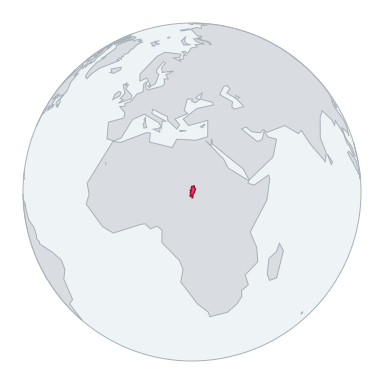 Western Darfur on an orthographic globe, rotated 347°
{"feature_id": "SDN-5858", "entity_name": "Western Darfur", "entity_type": "State", "adm_level": 1, "iso_a3": "SDN", "parent_name": "Sudan", "parent_adm1": "", "projection": "orthographic", "projection_center": [22.739, 13.89], "detail": "fine", "context": "on_globe", "style": "filled", "palette": "rose", "viewbox_px": 384, "rotation_deg": 347, "n_neighbors": 0, "source": "natural_earth", "source_scale": "10m", "svg_char_len": 9325}
<svg xmlns="http://www.w3.org/2000/svg" viewBox="0 0 384 384"><g transform="rotate(347 192 192)"><circle cx="192" cy="192" r="169" fill="#eef3f6" stroke="#a8b0b8"/><path d="M143.2,30.2L138.8,31.6L138.8,31.8L134.9,33.1L138.2,32.2L141.8,31.0L144.4,30.4L144.7,30.5L139.8,32.0L138.9,32.2L137.6,32.8L135.1,33.5L136.5,33.2L130.5,35.4L136.8,33.6L132.3,35.7L128.3,37.0L128.3,36.4L119.2,39.5L131.0,34.4L143.2,30.2ZM105.8,46.7L98.7,51.4L94.4,54.3L88.7,58.6L91.3,56.9L96.6,53.1L100.0,51.6L106.2,47.6L108.5,46.6L114.9,43.2L114.4,44.4L110.3,47.7L104.9,50.7L103.0,52.4L108.5,50.4L98.8,57.6L93.0,65.4L90.4,67.5L84.8,69.2L83.9,66.3L76.6,70.5L81.8,68.8L75.3,74.9L74.4,76.6L75.0,77.1L77.6,75.3L75.5,77.8L69.6,80.0L71.4,77.7L73.3,76.8L72.8,75.8L68.8,78.2L65.9,81.6L63.0,83.2L60.8,85.8L59.0,87.9L62.6,83.5L56.0,91.8L55.0,93.1L63.6,82.2L73.0,72.1L83.2,62.7L94.2,54.2L105.8,46.7ZM26.8,156.7L27.0,155.6L25.9,161.3L26.7,165.2L26.2,167.1L26.6,182.0L30.0,191.1L30.7,199.1L30.1,202.9L31.9,205.6L32.0,208.5L42.0,218.8L49.4,229.0L50.7,239.0L47.5,248.0L51.5,270.0L47.6,273.4L51.3,281.9L56.4,292.4L53.9,289.3L47.0,278.7L40.9,267.6L35.7,256.1L31.3,244.2L27.8,232.0L25.3,219.6L23.7,207.0L23.1,194.4L23.4,181.7L24.6,169.1L26.8,156.7ZM114.8,42.8L114.8,43.0L113.6,43.5L114.8,42.8ZM117.5,41.3L116.1,41.8L117.2,41.2L118.0,40.9L117.5,41.3ZM119.1,40.9L119.3,40.0L121.2,39.0L126.2,37.1L119.1,40.9ZM142.8,30.6L139.0,31.9L141.9,30.8L142.8,30.6ZM159.3,26.2L159.5,26.2L155.6,27.1L151.8,28.0L154.8,27.4L144.0,30.2L146.8,29.2L159.3,26.2ZM145.7,30.0L146.2,29.7L151.3,28.4L151.1,28.8L149.5,29.1L145.7,30.0ZM165.8,25.1L167.5,24.8L160.0,26.1L160.4,26.0L165.8,25.1ZM148.6,29.5L150.9,29.2L148.8,30.0L145.5,30.3L148.6,29.5ZM152.6,27.9L155.0,27.4L153.6,27.8L152.6,27.9ZM142.7,33.4L143.2,32.7L145.9,31.9L142.7,33.4ZM152.0,29.0L152.7,28.7L153.8,28.4L154.9,28.4L152.0,29.0ZM161.4,26.0L161.2,26.2L164.6,25.4L165.6,25.5L160.4,26.4L163.1,26.0L163.5,26.1L158.8,26.9L161.4,26.0ZM159.3,27.6L153.0,29.4L151.5,30.7L149.1,31.3L152.0,29.2L159.3,27.6ZM159.4,27.1L158.8,27.5L156.1,28.0L154.9,28.0L159.4,27.1ZM168.3,25.2L167.9,24.9L169.1,24.7L168.3,25.2ZM159.4,27.9L160.9,27.5L159.6,27.9L159.4,27.9ZM166.1,25.9L165.9,25.7L167.2,25.5L166.1,25.9ZM164.2,27.0L162.1,27.5L161.2,27.4L164.2,27.0ZM165.5,26.4L167.4,26.2L162.1,27.1L165.2,26.3L165.5,26.4ZM167.4,25.7L168.1,25.5L167.3,25.8L167.4,25.7ZM168.8,27.3L162.4,28.4L160.4,28.1L166.9,27.0L168.8,27.3ZM319.8,81.4L322.1,84.4L318.1,79.8L322.4,85.4L325.4,88.8L324.2,86.9L329.7,94.4L333.5,99.7L341.9,114.1L347.5,126.4L349.2,133.4L350.3,136.5L348.5,134.1L349.9,141.1L356.1,156.3L357.2,161.3L357.6,172.8L356.9,169.1L352.4,162.6L354.1,175.0L357.7,183.1L359.1,194.3L357.5,192.1L355.8,182.4L354.1,179.7L352.7,169.1L347.7,154.7L345.9,159.1L344.3,152.9L337.1,142.1L333.6,148.3L329.2,168.0L331.6,184.2L328.7,192.4L317.9,171.5L312.4,156.6L308.8,159.0L297.3,148.1L278.6,150.8L275.5,147.2L272.1,149.7L263.9,146.8L259.2,140.8L254.4,141.8L267.0,157.6L272.0,156.6L275.8,149.3L278.4,155.3L286.2,159.7L278.8,176.1L250.4,193.1L247.1,181.2L222.7,149.9L223.2,146.1L223.0,145.7L222.7,145.0L221.0,151.1L216.7,145.0L230.2,167.0L232.7,176.8L250.0,193.9L248.5,196.0L253.9,199.3L270.5,192.7L270.7,196.8L263.2,216.6L239.7,244.1L242.6,260.6L240.4,274.7L225.2,284.8L226.0,295.1L218.0,299.2L217.1,305.0L210.4,311.3L199.4,317.2L181.4,317.5L180.7,312.5L172.3,302.5L160.8,277.2L165.9,265.4L164.4,256.0L151.3,234.5L154.2,222.7L150.6,217.5L143.2,218.5L139.0,212.3L134.4,212.0L106.0,214.3L97.1,205.6L86.2,180.2L91.2,171.0L91.8,159.8L126.2,125.0L133.8,127.6L161.3,123.9L164.7,125.3L161.8,133.7L182.7,144.3L189.0,137.1L207.6,142.5L219.7,141.7L223.5,125.7L203.6,126.5L199.8,119.0L215.5,111.8L232.8,112.0L231.9,109.1L220.7,103.2L224.3,97.9L216.7,100.9L220.0,103.6L215.3,105.8L212.0,103.5L213.5,101.5L208.2,100.5L202.7,110.8L205.5,114.7L191.7,117.0L195.0,123.9L191.4,127.3L184.5,116.9L185.0,113.1L172.3,102.5L170.6,106.5L182.4,117.1L178.9,116.3L176.6,122.8L175.5,117.3L163.1,105.5L150.5,107.9L135.0,123.5L127.5,124.7L121.1,121.2L126.3,105.2L142.3,104.6L144.4,99.7L140.8,92.6L146.0,93.3L146.5,90.6L152.5,90.3L160.6,84.0L166.7,83.4L169.5,75.6L173.0,74.5L170.3,79.3L171.7,82.6L186.7,82.2L189.5,80.5L190.2,75.6L194.2,76.5L192.9,71.9L201.4,70.1L190.0,68.8L190.4,63.9L195.3,60.3L193.4,58.6L185.4,64.7L184.1,67.4L186.2,70.0L180.7,78.3L175.7,79.8L173.6,70.8L166.1,72.2L167.8,65.4L188.4,52.0L197.2,49.8L212.4,55.3L210.5,58.0L204.2,57.3L210.4,62.1L209.7,59.7L213.1,60.6L214.3,56.9L216.8,57.4L213.8,53.2L217.0,53.4L218.8,56.1L223.4,51.6L229.8,51.6L229.7,50.4L227.7,49.1L237.2,50.4L236.6,49.5L233.3,48.6L230.1,46.4L228.2,43.2L231.6,43.8L232.7,45.0L240.3,48.9L242.9,52.6L244.0,52.6L242.6,49.6L233.4,44.7L231.3,42.7L235.9,44.5L234.1,43.7L234.1,42.9L237.2,42.8L232.2,40.7L227.6,33.0L233.3,32.7L238.0,34.8L238.3,31.9L244.7,32.9L241.6,31.9L239.7,30.6L237.7,30.2L236.1,29.7L230.5,27.5L243.3,31.0L255.7,35.5L267.8,41.0L279.4,47.4L290.5,54.7L300.9,62.8L310.7,71.8L319.8,81.4ZM114.9,143.2L114.0,146.5L114.9,143.2ZM251.7,120.7L261.7,120.5L256.2,111.2L259.6,110.5L256.5,107.8L255.8,110.5L248.0,103.2L252.0,100.1L250.3,96.3L246.9,96.2L240.8,103.2L251.8,113.4L250.0,117.6L251.7,120.7ZM26.8,165.3L26.7,167.6L26.4,167.0L26.8,165.3ZM31.8,140.0L31.6,141.8L31.3,141.5L31.8,140.0ZM33.6,133.3L31.9,138.9L31.4,139.6L31.5,139.1L33.6,133.3ZM75.6,74.8L76.0,74.7L76.1,75.7L74.9,76.2L75.6,74.8ZM83.2,75.4L79.6,79.5L81.3,76.7L79.0,78.0L79.8,74.0L89.2,68.4L84.8,71.5L83.2,75.4ZM83.5,67.8L81.9,70.5L83.2,67.8L83.5,67.8ZM143.3,77.4L145.4,79.1L143.2,82.1L135.6,84.2L138.6,79.7L143.3,77.4ZM148.9,80.8L149.0,72.2L153.8,71.0L151.1,73.0L154.3,73.1L150.8,76.5L155.2,84.4L153.6,87.6L140.3,88.9L145.6,86.5L143.1,84.8L148.9,80.8ZM140.8,56.6L140.9,54.0L151.2,54.5L149.9,56.9L142.1,58.8L139.1,57.1L140.8,56.6ZM127.8,38.4L127.2,38.2L128.6,37.7L130.2,37.4L127.8,38.4ZM142.7,33.2L132.0,38.8L130.7,38.8L125.9,42.7L120.7,44.3L124.0,41.6L116.4,46.2L117.3,44.4L112.5,47.6L120.4,41.5L120.9,40.5L122.3,40.8L127.0,39.2L129.2,38.3L135.9,34.9L139.3,32.5L144.5,31.0L147.3,30.6L147.3,30.9L143.9,31.7L146.3,31.6L141.4,33.0L142.7,33.2ZM177.3,33.0L173.3,32.7L177.3,34.9L172.4,35.5L173.2,35.7L169.8,37.0L166.9,39.1L164.7,39.1L164.5,40.0L162.3,41.0L161.3,42.2L156.9,42.9L155.4,44.6L154.2,44.0L152.8,46.8L151.8,45.1L148.8,46.6L151.3,47.5L129.7,50.6L121.4,54.0L115.0,58.0L114.2,55.2L119.7,49.9L128.3,44.4L136.4,41.9L134.5,41.3L137.9,40.1L137.9,41.0L139.9,38.8L142.6,38.1L150.2,34.7L151.3,32.6L154.1,31.5L155.1,32.0L157.2,30.7L160.9,31.0L163.0,30.3L168.8,30.2L169.4,32.0L171.7,31.2L176.2,31.4L177.3,33.0ZM170.3,27.3L172.2,28.7L170.4,29.8L161.1,29.6L158.7,30.1L152.7,30.5L155.4,28.9L156.9,28.9L158.9,28.6L157.3,29.2L160.1,28.5L162.3,28.5L165.1,28.0L164.9,28.6L170.3,27.3ZM168.5,122.1L171.2,122.5L175.3,122.1L174.0,126.4L168.5,122.1ZM159.9,114.1L162.3,113.6L162.4,119.0L159.6,118.9L159.9,114.1ZM163.5,109.0L162.4,113.2L161.3,110.8L163.5,109.0ZM172.5,78.7L175.0,78.1L175.3,79.2L174.0,80.9L172.5,78.7ZM188.2,41.5L186.2,40.7L187.0,40.3L185.5,37.8L189.1,37.4L191.3,38.8L188.2,41.5ZM220.2,128.6L216.7,131.8L214.9,130.4L216.4,129.6L220.2,128.6ZM194.3,129.2L200.3,131.1L193.9,130.4L194.3,129.2ZM191.8,40.7L190.8,39.7L193.2,40.2L191.8,40.7ZM191.6,37.1L194.4,37.4L189.3,37.1L191.6,37.1ZM272.6,333.6L272.6,334.8L270.5,335.4L272.6,333.6ZM267.9,269.7L255.2,294.7L247.6,295.5L246.9,288.8L252.0,274.0L261.0,268.9L265.6,261.7L267.9,269.7ZM359.2,216.2L358.9,217.3L358.4,216.7L358.9,213.5L359.8,211.9L359.8,212.0L359.2,216.2ZM358.9,213.6L357.5,208.0L352.5,188.4L354.3,187.6L358.9,198.0L358.7,200.6L359.6,205.4L358.9,213.6ZM360.6,202.4L360.6,202.2L360.6,193.5L360.6,188.4L360.8,187.8L360.5,179.7L360.6,202.4ZM332.3,185.5L335.7,194.3L333.9,196.6L332.3,185.5ZM351.9,141.1L351.8,142.7L351.0,140.3L350.6,137.0L351.9,141.1ZM220.6,39.5L218.7,43.0L219.6,46.0L223.8,48.2L217.1,47.0L215.6,42.3L220.6,39.5ZM226.4,33.6L222.7,32.2L224.8,32.2L225.9,32.5L226.4,33.6ZM223.8,33.2L218.4,32.8L216.6,31.7L221.3,32.1L223.8,33.2ZM205.1,35.9L204.3,36.9L202.4,36.3L205.1,35.9ZM235.0,29.5L233.0,28.9L233.9,29.0L235.0,29.5ZM227.7,27.4L228.1,27.7L226.3,27.1L227.7,27.4ZM229.2,28.8L227.6,27.7L231.2,29.1L229.2,28.8Z" fill="#d9dde1" stroke="#a8b0b8" stroke-width="1"/><path d="M195.5,186.7L195.4,187.6L195.4,187.8L195.4,188.2L195.4,188.4L195.5,188.6L195.7,188.8L195.8,189.0L196.0,189.3L196.0,189.6L196.0,189.8L196.0,190.0L195.4,191.0L194.5,192.1L194.2,192.4L194.2,192.7L194.2,192.9L194.2,193.0L193.9,193.3L193.6,193.4L193.4,193.5L192.5,194.8L191.7,195.7L191.8,196.8L191.6,197.4L191.4,197.4L191.2,197.5L191.3,197.2L191.0,196.4L191.0,196.2L190.9,196.2L191.0,196.1L191.2,195.8L191.1,195.7L190.8,195.6L190.5,195.4L190.4,195.5L190.2,195.7L189.9,195.7L189.7,195.7L189.4,195.4L189.3,195.2L189.5,194.9L189.7,194.4L189.8,194.3L189.9,194.2L190.2,194.1L190.3,194.1L190.5,193.8L190.6,193.6L190.6,193.4L190.5,193.2L190.4,192.9L190.3,192.7L190.2,192.6L190.2,192.4L190.2,192.2L190.4,191.9L190.5,191.8L190.6,191.7L191.0,191.5L191.2,191.4L191.3,191.4L191.5,191.3L191.5,191.2L191.4,191.1L191.2,191.0L191.1,190.9L191.1,190.7L191.1,190.3L191.1,190.2L190.9,190.1L191.0,190.0L191.1,189.9L191.8,189.7L191.8,189.4L191.7,189.3L191.7,189.2L191.8,189.1L192.0,188.9L192.3,188.5L192.4,188.4L192.5,188.4L192.6,188.1L192.7,187.7L192.6,187.4L192.5,187.2L192.8,186.9L192.9,186.7L193.0,186.6L193.7,186.7L193.9,186.7L194.2,186.6L194.4,186.5L194.7,186.5L195.1,186.6L195.4,186.7L195.5,186.7Z" fill="#f43f5e" stroke="#9f1239" stroke-width="1.5"/></g></svg>